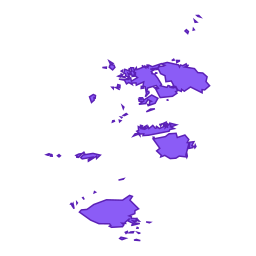 Raja Ampat, Papua Barat, Indonesia (Albers equal-area conic projection)
{"feature_id": "22746128B90221566890304", "entity_name": "Raja Ampat", "entity_type": "district", "adm_level": 2, "iso_a3": "IDN", "parent_name": "Indonesia", "parent_adm1": "Papua Barat", "projection": "albers", "projection_center": [130.461, -0.827], "detail": "fine", "context": "isolated", "style": "filled", "palette": "violet", "viewbox_px": 256, "rotation_deg": 0, "n_neighbors": 0, "source": "geoboundaries", "source_scale": "gbopen_adm2", "svg_char_len": 5896}
<svg xmlns="http://www.w3.org/2000/svg" viewBox="0 0 256 256"><path d="M151.3,71.5L154.2,69.8L150.3,69.1L157.9,68.0L156.4,69.5L158.5,69.3L160.6,73.6L165.0,75.7L165.9,81.7L171.3,81.0L174.2,86.5L175.8,86.5L177.7,90.0L181.3,91.4L181.6,89.3L184.3,91.2L190.5,87.0L202.1,92.8L202.1,89.6L204.7,89.9L209.6,85.7L206.0,81.6L207.1,76.8L202.8,73.0L197.8,72.6L194.5,68.6L184.9,67.0L186.5,66.3L186.1,63.9L182.7,65.7L180.5,65.0L179.5,67.0L178.5,64.9L167.2,62.4L161.3,63.9L164.9,65.3L163.5,66.1L158.7,66.6L160.2,64.0L152.3,66.7L148.8,65.1L148.3,66.4L146.8,64.5L147.7,67.5L145.1,66.2L145.5,67.7L141.9,65.4L143.3,67.1L136.9,69.6L136.3,67.6L134.3,70.9L133.6,67.8L130.8,67.7L131.9,71.1L130.1,72.5L129.4,68.1L128.6,70.7L124.8,69.3L123.7,73.1L125.7,73.9L125.6,76.0L129.7,77.2L128.0,73.2L130.4,74.6L130.9,72.9L132.0,75.6L134.9,74.8L133.8,72.0L135.5,72.7L135.4,75.0L131.5,76.5L135.6,76.1L137.5,77.6L131.4,81.2L130.7,78.1L128.5,79.5L118.9,79.1L124.5,80.2L126.5,83.9L128.8,82.5L132.2,84.5L131.6,83.1L136.0,82.9L136.3,85.2L143.7,81.9L143.0,85.9L145.3,86.9L146.4,93.8L145.3,96.8L149.1,92.8L148.7,91.3L146.6,91.8L147.8,87.9L156.3,85.5L158.5,88.3L155.9,89.4L160.2,97.6L172.5,96.3L177.0,93.2L175.7,91.6L177.7,90.7L175.7,87.0L173.4,87.9L171.1,87.5L169.9,87.1L169.8,86.0L168.1,85.5L166.9,87.4L160.4,85.7L161.5,84.5L157.6,78.0L154.5,74.2L151.3,73.4L152.6,73.4L151.3,71.5ZM129.6,195.4L122.5,200.2L106.4,199.8L93.8,204.5L87.0,209.4L81.4,209.9L79.4,212.1L90.6,220.1L98.9,223.7L109.6,223.8L110.8,225.4L109.4,226.2L111.5,227.3L122.5,226.7L123.9,224.8L122.0,223.2L125.6,223.4L125.2,222.3L129.6,218.5L128.0,220.9L133.6,223.6L131.3,225.5L139.8,223.5L135.4,223.1L132.8,220.8L136.1,221.4L137.8,218.7L135.7,220.9L136.8,218.5L131.3,218.4L131.4,216.8L129.1,215.9L134.8,213.6L135.0,210.6L138.6,208.8L129.9,200.2L132.4,196.4L129.6,195.4ZM179.2,156.1L186.0,156.9L186.0,154.4L189.1,142.9L187.2,142.6L188.8,139.5L184.9,135.0L177.3,137.5L176.1,133.3L169.0,133.8L165.4,136.6L153.1,139.0L159.8,148.3L156.6,150.9L161.2,155.2L160.7,156.9L164.8,155.4L170.2,158.6L175.9,158.2L179.2,156.1ZM168.6,125.0L166.2,122.5L167.8,127.8L166.9,126.3L165.4,127.6L165.9,125.6L159.4,128.5L156.0,125.9L157.2,127.6L155.3,128.3L152.8,125.4L148.9,128.6L147.6,125.5L147.4,127.8L144.7,129.3L141.0,128.6L142.4,125.8L140.5,125.3L140.3,127.6L138.3,126.6L138.6,130.4L136.8,131.2L139.1,133.3L135.1,133.8L133.3,136.1L138.5,134.1L139.9,135.6L139.7,133.9L143.7,133.9L143.0,135.6L148.7,135.2L169.1,131.2L169.9,129.5L174.2,128.6L170.9,127.0L176.5,124.8L170.5,123.3L170.9,126.5L169.7,123.3L168.6,125.0ZM151.7,95.0L143.8,100.1L142.6,97.8L139.9,97.8L141.1,99.1L138.7,99.1L139.2,101.3L142.9,101.6L138.9,104.3L145.6,103.6L148.0,99.6L151.2,101.3L149.5,101.9L149.7,104.6L147.6,104.4L148.2,105.7L155.1,103.3L157.9,98.3L151.7,95.0ZM93.0,153.4L83.2,154.9L80.7,157.6L82.2,158.9L93.9,156.9L88.3,159.7L88.4,161.2L96.5,156.2L96.6,158.5L100.3,155.1L93.0,153.4ZM93.3,94.5L89.5,96.8L91.5,102.5L94.2,100.1L94.0,97.7L95.2,98.2L95.5,95.5L93.3,94.5ZM189.0,148.4L192.9,147.6L193.4,145.6L192.8,146.3L191.9,145.6L193.9,141.7L189.8,142.2L189.0,148.4ZM113.0,63.4L109.0,60.9L110.5,64.3L109.2,67.2L112.6,69.9L114.9,67.4L113.9,65.1L110.8,64.7L113.0,63.4ZM81.9,153.6L78.9,154.0L75.9,155.4L78.6,157.3L81.9,153.6ZM188.4,31.5L186.4,29.7L185.0,31.0L187.7,33.5L188.4,31.5ZM154.9,108.8L150.4,109.1L146.3,111.8L154.9,108.8ZM120.0,85.2L117.8,84.6L117.4,86.5L119.9,87.6L120.0,85.2ZM121.0,237.2L119.7,238.5L122.0,239.7L125.8,238.3L121.0,237.2ZM74.1,208.7L73.0,203.5L71.9,205.5L74.1,208.7ZM146.2,125.8L143.0,127.6L145.2,128.2L146.2,125.8ZM176.8,62.5L179.4,61.1L179.4,60.5L176.5,60.4L176.8,62.5ZM118.5,180.1L123.3,179.2L123.7,178.7L118.5,180.1ZM141.3,86.3L141.2,88.5L143.6,88.1L143.2,86.6L141.3,86.3ZM133.6,231.7L130.5,232.0L129.2,232.8L133.1,232.8L133.6,231.7ZM59.0,156.9L60.4,155.8L59.0,154.6L57.5,155.7L59.0,156.9ZM195.1,22.3L196.9,22.1L194.4,20.0L195.1,22.3ZM165.3,122.5L162.9,123.6L163.8,126.1L165.3,124.4L164.1,124.2L165.3,122.5ZM119.8,89.7L116.5,87.4L115.7,87.5L119.8,89.7ZM127.2,114.3L126.2,113.5L123.4,115.3L124.5,115.6L127.2,114.3ZM200.4,17.1L198.7,15.4L196.9,15.5L197.9,16.4L200.4,17.1ZM172.6,86.3L170.3,87.2L173.9,87.4L172.6,86.3ZM50.4,154.4L49.0,153.7L46.4,154.7L48.2,155.3L50.4,154.4ZM173.7,59.2L171.8,60.5L174.2,60.1L173.7,59.2ZM136.4,239.4L134.0,240.1L140.3,240.6L136.4,239.4ZM50.4,154.4L50.4,156.1L52.2,156.2L52.0,154.7L50.9,154.3L50.4,154.4ZM160.6,125.9L162.1,123.4L161.0,124.9L159.6,123.9L160.6,125.9ZM121.2,76.2L122.8,74.8L121.2,74.0L121.2,76.2ZM150.3,222.3L146.1,221.9L149.4,222.8L150.3,222.3ZM120.2,76.9L119.9,75.4L118.1,76.2L120.2,76.9ZM124.4,76.7L121.5,76.8L124.9,77.4L124.4,76.7ZM126.0,233.4L127.5,231.9L127.4,231.4L125.3,232.3L126.0,233.4ZM195.2,144.9L194.6,146.8L194.9,147.8L195.9,146.5L195.2,144.9ZM82.4,153.3L84.4,153.1L83.9,152.2L82.4,153.3ZM112.4,122.1L114.4,121.3L114.1,120.5L112.7,120.8L112.4,122.1ZM186.8,157.4L187.3,156.2L187.0,154.4L186.2,155.7L186.8,157.4ZM123.3,108.6L123.9,107.1L122.3,105.7L123.3,108.6ZM156.3,87.7L154.5,87.8L155.4,88.6L156.3,87.7ZM193.2,30.1L194.3,29.8L193.4,28.6L193.2,30.1ZM120.9,120.7L119.3,120.2L119.6,121.8L120.9,120.7ZM113.4,87.2L111.9,87.2L113.3,88.7L113.4,87.2ZM128.1,79.1L128.5,77.7L126.7,78.9L128.1,79.1ZM139.2,221.1L137.8,219.7L138.1,221.0L139.2,221.1ZM153.3,137.8L154.7,137.3L153.2,137.2L153.3,137.8ZM94.2,192.8L95.5,192.2L94.5,191.6L94.2,192.8ZM106.3,68.2L106.4,67.1L102.4,67.5L106.3,68.2ZM70.7,204.1L72.2,204.3L71.2,203.4L70.7,204.1ZM157.4,73.1L155.8,72.7L155.3,73.5L157.4,73.1ZM140.3,233.2L137.5,232.4L138.5,233.4L140.3,233.2ZM138.7,228.2L137.2,227.4L136.9,228.2L138.7,228.2ZM84.2,199.5L83.1,197.5L82.7,197.7L84.2,199.5ZM77.6,156.8L76.2,157.2L77.5,157.3L77.6,156.8ZM120.9,117.1L121.6,117.8L122.0,117.3L120.9,117.1ZM122.2,71.8L122.5,70.3L121.2,71.1L122.2,71.8ZM76.9,203.6L77.4,202.9L76.8,202.2L76.9,203.6ZM166.6,100.1L167.8,100.2L167.7,99.7L166.6,100.1ZM187.7,65.8L188.5,64.9L187.5,65.4L187.7,65.8Z" fill="#8b5cf6" stroke="#5b21b6" stroke-width="1.5"/></svg>